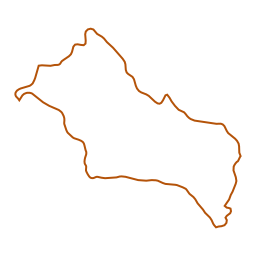 the border of Rivera
{"feature_id": "URY-14", "entity_name": "Rivera", "entity_type": "Department", "adm_level": 1, "iso_a3": "URY", "parent_name": "Uruguay", "parent_adm1": "", "projection": "robinson", "projection_center": [-55.345, -31.483], "detail": "fine", "context": "isolated", "style": "outline", "palette": "amber", "viewbox_px": 256, "rotation_deg": 0, "n_neighbors": 0, "source": "natural_earth", "source_scale": "10m", "svg_char_len": 2460}
<svg xmlns="http://www.w3.org/2000/svg" viewBox="0 0 256 256"><path d="M64.0,59.6L69.0,56.2L70.9,54.3L72.0,51.9L73.4,46.6L75.1,44.6L77.6,44.3L80.8,44.9L83.7,45.2L85.5,43.6L85.7,40.6L85.2,34.2L85.8,31.5L87.9,29.4L90.7,28.7L93.4,29.5L97.1,33.9L101.9,36.7L104.0,38.5L106.9,42.1L113.0,47.7L122.7,58.8L124.7,61.8L125.4,64.3L125.8,69.9L126.7,72.5L128.2,74.0L132.5,76.9L134.0,79.3L135.8,85.7L137.0,88.5L139.0,91.0L141.2,92.4L146.3,94.4L148.8,95.9L155.0,101.7L157.6,103.4L159.6,103.7L161.3,102.8L163.0,100.3L165.5,95.3L167.2,94.7L169.5,97.7L171.6,101.4L175.0,105.9L178.7,109.8L184.1,112.3L185.7,114.1L187.2,116.1L188.9,117.8L190.6,119.0L194.6,120.6L216.3,123.8L220.8,123.7L222.7,124.4L224.4,126.1L226.8,131.0L228.2,133.1L235.1,138.7L237.0,140.8L238.6,143.6L239.1,146.4L239.3,152.7L240.6,156.1L240.0,157.0L238.2,160.7L237.8,161.3L236.8,161.9L235.5,163.4L234.4,165.1L233.7,166.6L233.5,170.4L235.8,177.2L236.4,181.0L235.7,183.8L232.6,191.6L230.8,194.9L229.1,199.5L224.7,205.9L226.7,207.6L228.9,208.0L230.5,208.6L231.0,211.2L230.2,213.2L226.8,215.8L225.5,217.7L226.8,220.1L226.4,222.9L224.5,225.2L221.5,226.2L218.7,226.5L216.0,227.3L214.1,225.1L213.2,223.7L211.6,220.1L209.9,217.5L205.1,212.8L203.0,209.6L197.6,203.3L195.3,199.3L193.4,197.0L189.8,194.1L189.3,193.6L186.7,189.9L186.2,189.3L185.7,188.8L182.7,187.3L177.0,185.1L175.4,184.8L165.4,183.9L162.8,183.0L157.8,180.7L155.8,180.3L151.7,180.1L146.3,180.7L138.2,180.1L125.5,176.8L121.7,176.4L119.8,176.5L116.5,177.4L105.1,178.2L101.4,177.7L97.8,176.9L96.9,176.8L96.0,177.0L93.9,177.9L93.1,178.1L92.2,178.1L91.2,178.0L90.2,177.5L89.2,176.5L87.8,174.4L86.6,172.1L86.0,170.6L86.0,169.7L86.2,166.9L86.1,166.1L85.8,165.4L85.0,164.1L84.7,163.4L84.6,162.5L84.5,161.6L84.7,159.6L85.1,157.7L86.2,154.4L86.3,153.5L86.3,152.5L86.2,151.7L85.6,150.2L84.4,145.2L83.9,143.6L83.1,142.3L82.3,141.6L81.1,140.8L78.6,139.7L74.3,138.3L73.3,137.8L72.4,137.1L68.0,133.0L67.4,132.3L67.1,131.7L66.6,130.7L66.3,130.0L64.3,124.0L64.2,123.1L64.4,120.2L64.3,118.3L64.1,117.5L63.6,115.9L62.2,113.1L61.7,112.4L61.0,111.7L58.8,110.0L49.3,105.9L43.1,102.3L32.3,93.7L31.6,93.3L29.7,92.8L27.2,92.8L26.3,93.0L24.1,93.9L22.4,95.4L19.3,100.3L18.2,98.7L16.1,96.5L15.7,95.7L15.4,94.7L15.4,93.8L15.5,92.9L16.1,91.8L17.0,90.6L18.9,89.3L20.6,88.5L29.7,85.8L31.3,84.7L32.7,83.4L34.3,80.2L35.2,77.9L38.7,65.7L41.9,65.3L50.5,65.8L54.6,65.0L57.8,64.9L59.0,64.6L60.1,63.8L60.6,63.0L61.1,62.1L61.9,61.1L64.0,59.6Z" fill="none" stroke="#b45309" stroke-width="2"/></svg>